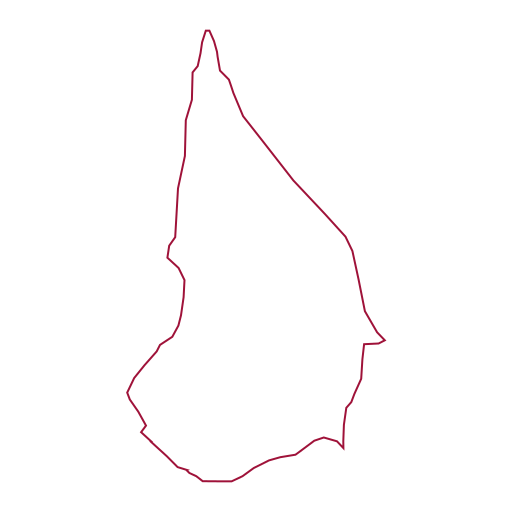 Rättvik, Dalarna, Sweden
{"feature_id": "70781695B61189370844714", "entity_name": "Rättvik", "entity_type": "district", "adm_level": 2, "iso_a3": "SWE", "parent_name": "Sweden", "parent_adm1": "Dalarna", "projection": "albers", "projection_center": [15.284, 61.217], "detail": "fine", "context": "isolated", "style": "outline", "palette": "rose", "viewbox_px": 512, "rotation_deg": 0, "n_neighbors": 0, "source": "geoboundaries", "source_scale": "gbopen_adm2", "svg_char_len": 1024}
<svg xmlns="http://www.w3.org/2000/svg" viewBox="0 0 512 512"><path d="M231.0,85.7L228.9,79.6L220.0,70.6L217.6,56.7L217.0,51.8L214.0,41.1L209.4,30.7L205.8,30.7L202.1,42.3L200.5,53.3L197.7,66.1L192.6,72.4L191.9,99.8L185.8,120.2L184.9,156.0L178.0,188.4L175.2,237.2L169.2,245.7L167.4,257.7L178.6,268.0L184.5,280.1L183.6,297.2L181.0,315.3L178.4,325.6L172.3,336.8L160.0,344.9L156.7,351.4L144.6,365.1L134.2,378.0L127.2,392.6L129.8,399.5L138.3,411.7L146.0,425.6L141.1,432.2L151.4,441.6L151.0,441.8L166.9,456.3L177.6,467.1L186.7,469.9L186.4,470.0L189.4,473.0L196.3,476.2L202.7,481.2L216.6,481.3L231.7,481.3L242.5,476.2L253.8,468.0L269.0,460.4L280.3,457.2L295.5,454.7L302.4,449.6L314.3,440.7L323.8,437.5L337.0,441.3L343.4,448.1L343.3,441.2L343.9,424.8L346.3,407.8L351.3,402.1L354.4,393.9L361.2,378.8L362.4,359.3L364.1,344.2L378.6,343.5L384.8,340.3L377.1,332.3L364.9,311.2L358.6,279.6L352.4,251.0L345.5,236.7L325.1,214.2L293.4,180.5L261.9,140.1L243.1,116.2L233.4,93.0L231.0,85.7Z" fill="none" stroke="#9f1239" stroke-width="2"/></svg>